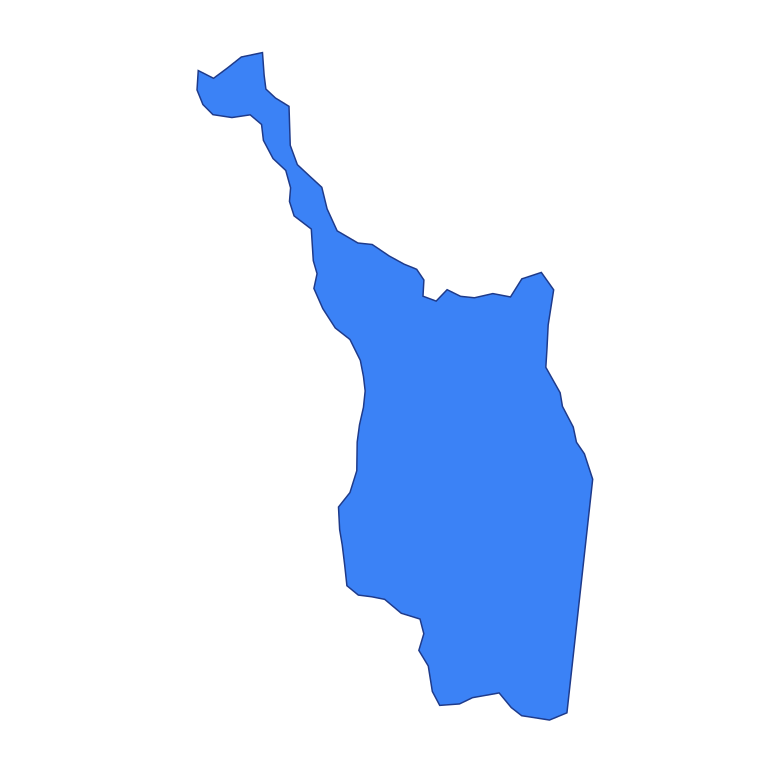 Canas, São Paulo, Brazil, rotated 186°
{"feature_id": "56859067B22920449697894", "entity_name": "Canas", "entity_type": "district", "adm_level": 2, "iso_a3": "BRA", "parent_name": "Brazil", "parent_adm1": "São Paulo", "projection": "albers", "projection_center": [-45.024, -22.743], "detail": "fine", "context": "isolated", "style": "filled", "palette": "blue", "viewbox_px": 768, "rotation_deg": 186, "n_neighbors": 0, "source": "geoboundaries", "source_scale": "gbopen_adm2", "svg_char_len": 1241}
<svg xmlns="http://www.w3.org/2000/svg" viewBox="0 0 768 768"><g transform="rotate(186 384 384)"><path d="M184.3,67.1L167.7,76.1L166.5,311.1L177.4,335.5L186.5,346.2L191.3,361.0L204.2,380.4L207.9,393.7L224.8,417.5L225.6,436.0L226.9,459.8L225.1,495.4L239.2,511.4L257.9,503.0L267.3,483.8L285.2,485.3L303.1,479.2L317.0,479.2L331.1,484.4L340.8,471.9L354.4,475.4L355.2,491.6L363.5,501.5L376.6,505.3L392.3,511.9L410.3,521.5L424.7,521.5L446.6,531.4L458.9,552.2L466.4,573.1L480.0,583.2L493.1,593.1L502.2,611.6L507.5,650.2L521.9,657.1L532.3,665.0L535.5,678.6L539.5,700.9L560.1,694.3L573.2,681.5L585.5,670.2L601.5,676.3L600.7,656.9L593.3,643.0L582.3,634.0L563.1,633.1L545.2,637.7L532.9,629.3L529.4,613.7L517.9,596.6L504.0,586.1L497.4,569.3L497.1,555.7L491.0,541.8L472.5,530.5L467.2,499.2L462.1,486.7L463.7,471.7L452.7,452.5L438.3,434.6L422.5,424.7L410.0,405.0L405.2,389.3L402.0,375.1L402.0,358.6L404.1,340.9L404.6,323.5L402.0,294.9L406.5,272.5L416.4,256.9L412.9,234.6L408.7,219.5L404.1,199.5L399.8,179.5L387.5,171.4L373.9,171.1L360.8,169.9L342.9,157.8L323.6,154.0L318.3,139.8L321.5,122.7L310.5,108.2L303.8,83.3L295.0,70.2L275.5,73.7L263.2,81.3L237.2,88.8L223.6,75.5L212.4,68.5L184.3,67.1Z" fill="#3b82f6" stroke="#1e3a8a" stroke-width="1.5"/></g></svg>